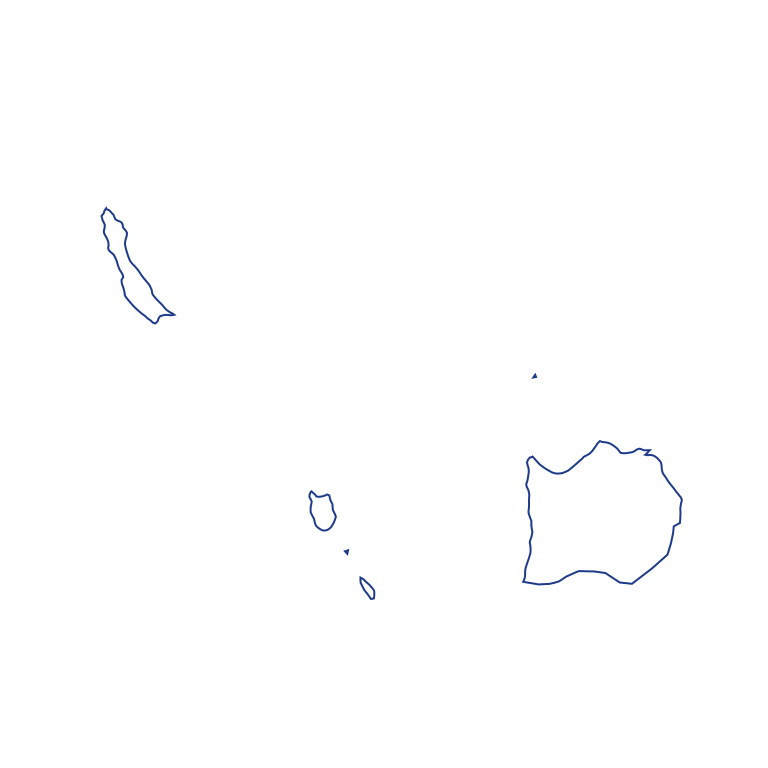 Qalansiyah wa Abd Al Kuri, Hadramawt, Yemen (Equal Earth projection), rotated 48°
{"feature_id": "15242507B10596271459975", "entity_name": "Qalansiyah wa Abd Al Kuri", "entity_type": "district", "adm_level": 2, "iso_a3": "YEM", "parent_name": "Yemen", "parent_adm1": "Hadramawt", "projection": "equal_earth", "projection_center": [53.013, 12.411], "detail": "fine", "context": "isolated", "style": "outline", "palette": "blue", "viewbox_px": 768, "rotation_deg": 48, "n_neighbors": 0, "source": "geoboundaries", "source_scale": "gbopen_adm2", "svg_char_len": 4421}
<svg xmlns="http://www.w3.org/2000/svg" viewBox="0 0 768 768"><g transform="rotate(48 384 384)"><path d="M685.3,257.1L684.7,256.5L682.9,254.5L680.7,252.4L679.0,250.7L677.1,249.0L675.0,247.3L673.1,245.2L671.5,243.1L669.5,240.2L667.0,239.3L664.6,239.2L662.1,239.0L659.4,238.9L656.9,238.6L654.2,238.4L651.6,238.3L651.2,238.3L649.1,238.2L646.9,237.9L644.6,237.6L641.9,237.1L639.7,236.9L639.2,236.8L638.3,236.7L637.0,236.5L634.7,235.5L632.7,234.2L630.6,232.5L628.5,231.1L626.4,230.5L624.2,230.5L621.9,230.5L619.7,230.9L618.3,231.4L617.2,231.8L615.0,233.4L614.9,233.6L613.2,235.8L611.4,237.2L611.4,234.0L611.2,233.0L611.0,230.8L609.1,233.0L607.4,235.0L605.3,236.1L603.4,237.1L603.1,237.3L601.8,240.1L601.5,243.1L600.5,245.7L599.0,247.9L597.4,250.4L595.8,252.3L593.6,254.2L591.2,254.1L589.0,253.9L586.8,254.0L584.2,254.5L581.7,255.1L579.6,255.8L577.4,257.0L575.2,258.7L573.3,260.5L570.9,261.8L571.0,265.0L571.8,267.7L572.4,270.7L573.2,274.2L573.3,278.1L572.6,281.2L571.8,284.1L572.1,287.0L572.0,290.6L572.0,294.4L571.9,298.4L571.8,301.8L571.6,305.0L570.7,308.0L569.6,310.9L568.2,313.1L566.7,315.0L564.9,316.6L562.1,318.3L559.8,319.1L557.4,319.9L555.1,320.6L552.9,321.1L550.5,321.6L548.2,322.1L546.0,322.1L543.0,322.2L540.6,322.1L537.4,322.2L537.4,322.4L536.3,324.8L536.2,325.0L536.7,327.9L538.0,330.2L540.0,331.4L543.4,333.0L546.2,335.2L548.4,337.8L550.5,340.4L552.1,342.6L553.5,345.2L555.9,346.8L559.0,347.5L561.1,348.6L563.1,349.8L565.3,351.9L567.3,354.0L569.2,355.6L571.1,357.3L573.7,359.9L575.5,362.0L577.4,363.3L580.3,364.5L584.7,366.3L586.7,368.3L588.8,369.9L590.8,371.3L593.0,372.5L594.9,374.8L596.4,376.9L598.1,380.2L599.7,382.1L600.9,382.7L601.9,383.3L604.6,385.4L606.4,387.0L608.2,389.2L609.7,391.7L611.1,394.1L612.5,396.7L614.3,399.8L615.7,402.2L617.6,404.4L619.7,406.3L621.6,408.3L623.0,410.4L623.6,411.8L624.2,412.9L636.5,403.1L643.3,394.7L645.6,390.6L647.8,386.0L649.1,377.3L652.2,367.7L653.5,364.3L660.8,356.6L663.5,353.6L672.7,345.9L673.2,345.8L689.3,341.6L698.4,333.4L700.4,308.0L700.4,304.4L700.5,287.5L694.3,277.2L688.3,269.0L683.7,263.9L684.9,258.7L685.3,257.1ZM92.8,473.1L90.5,471.4L88.3,471.0L86.1,471.7L84.0,472.8L81.6,473.4L79.4,472.6L77.3,471.8L75.0,471.9L72.7,471.9L70.5,472.1L68.5,473.3L67.5,472.9L68.2,475.8L69.6,478.1L70.1,481.5L72.2,482.6L74.4,483.7L76.6,484.2L79.0,485.1L80.9,487.0L82.8,489.8L84.8,491.2L87.2,491.8L89.7,492.3L92.1,493.1L94.2,494.0L96.7,495.9L98.3,498.0L100.5,499.0L102.7,498.9L104.9,498.6L107.1,498.4L109.3,498.9L111.7,499.6L113.9,500.4L116.0,501.5L118.3,502.5L120.5,503.4L122.6,504.1L125.1,504.4L128.0,505.1L130.2,506.4L130.9,509.2L132.8,510.9L135.4,512.2L137.8,513.2L139.9,514.2L142.1,515.4L144.5,517.1L146.6,517.7L149.2,517.8L151.4,517.9L153.6,518.0L155.8,518.0L158.3,518.0L160.6,517.9L163.0,517.7L165.3,517.5L167.6,517.2L170.1,516.8L172.4,516.3L174.7,515.9L177.1,515.8L179.2,515.2L181.4,514.8L183.9,514.7L186.0,513.4L185.9,510.3L184.6,508.0L183.8,505.3L184.9,502.6L186.4,500.1L188.4,498.2L190.7,496.0L192.2,493.6L190.0,494.0L187.8,495.0L185.7,495.5L183.6,496.0L181.4,496.1L178.9,496.0L176.7,495.9L174.5,496.0L172.1,496.2L169.4,496.3L167.2,496.3L165.0,496.2L162.5,496.0L160.5,494.9L158.3,493.5L156.2,492.9L153.9,492.2L151.7,492.0L149.1,491.9L146.9,491.8L144.7,491.8L142.5,491.6L140.3,491.4L138.1,491.0L135.5,490.6L133.1,490.5L129.8,490.4L126.8,490.6L124.6,490.5L122.4,490.3L120.2,489.5L118.1,488.7L115.4,487.5L113.0,486.4L111.0,485.4L108.5,484.0L106.5,482.8L104.8,480.8L103.1,478.3L101.5,475.7L99.6,473.8L97.2,473.3L95.0,473.3L92.8,473.1ZM450.3,508.5L448.1,507.6L445.9,507.0L443.2,506.2L440.9,504.4L438.9,502.8L436.8,502.2L434.6,501.6L432.3,500.4L430.2,499.2L428.1,500.2L427.1,503.3L425.8,505.7L424.2,508.0L422.3,509.5L420.1,509.2L417.7,509.5L415.3,509.7L415.3,511.0L416.5,513.4L418.2,515.1L420.6,515.6L422.9,516.3L424.6,518.4L426.3,520.7L428.0,522.4L430.2,524.3L432.8,525.1L435.1,525.7L437.5,526.3L439.8,527.6L442.0,528.8L444.4,529.4L447.3,529.0L449.5,528.5L452.0,527.4L454.0,525.2L454.9,522.4L455.0,519.3L454.2,516.5L453.3,513.9L452.0,511.1L450.3,508.5ZM536.6,535.0L534.9,533.0L533.1,531.3L531.1,529.7L528.7,529.3L526.5,529.3L524.3,529.2L521.7,529.4L518.9,529.8L516.5,529.8L514.3,530.2L512.1,531.0L514.4,533.1L516.5,534.6L518.6,535.0L520.9,535.7L523.4,536.4L526.2,536.7L528.4,536.7L531.7,537.1L535.1,537.5L536.6,535.0ZM485.6,524.9L483.5,522.0L482.2,524.9L485.6,524.9ZM480.5,266.3L478.3,265.5L479.1,268.6L480.5,266.3Z" fill="none" stroke="#1e3a8a" stroke-width="2"/></g></svg>